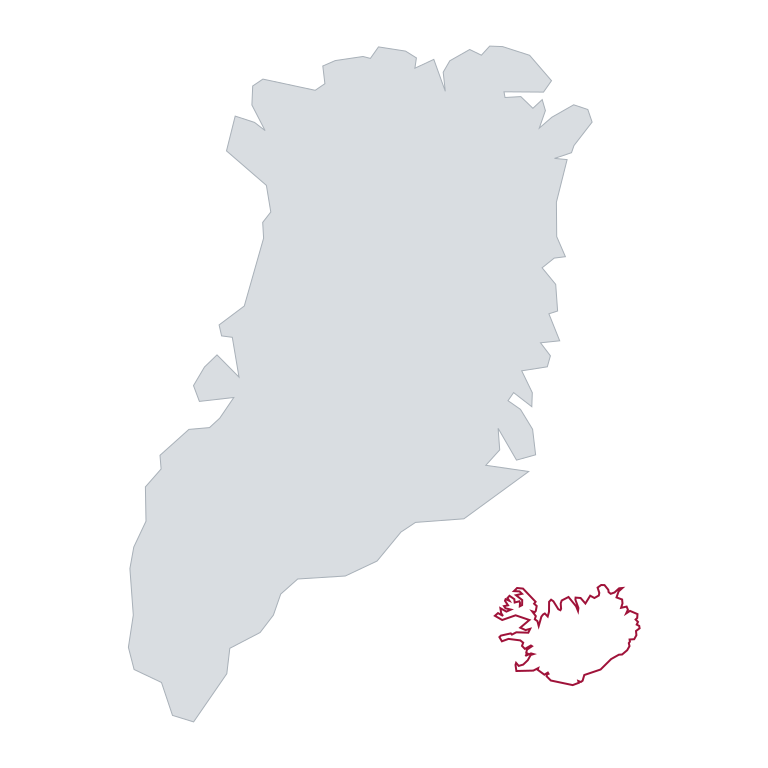 map of Iceland with Greenland greyed out
{"feature_id": "ISL", "entity_name": "Iceland", "entity_type": "country or territory", "adm_level": 0, "iso_a3": "ISL", "parent_name": "Europe", "parent_adm1": "", "projection": "orthographic", "projection_center": [-19.868, 64.966], "detail": "medium", "context": "with_neighbors", "style": "outline", "palette": "rose", "viewbox_px": 768, "rotation_deg": 0, "n_neighbors": 1, "source": "natural_earth", "source_scale": "50m", "svg_char_len": 3257}
<svg xmlns="http://www.w3.org/2000/svg" viewBox="0 0 768 768"><path d="M449.8,60.8L469.7,49.5L481.4,55.2L489.7,46.1L502.6,46.6L529.6,55.3L551.5,80.7L543.5,92.1L504.0,91.8L505.0,97.5L520.8,96.6L532.9,108.3L542.2,99.6L545.4,110.6L539.3,128.1L551.9,117.2L573.7,104.8L587.8,109.5L592.1,122.1L574.0,145.5L571.5,152.7L554.5,158.4L567.1,159.6L556.4,202.2L556.7,236.6L565.4,256.7L554.2,258.1L542.1,267.8L555.7,284.4L557.6,311.0L548.9,313.8L559.7,340.8L540.5,342.8L550.4,355.8L547.3,366.8L521.7,370.8L532.3,392.7L531.8,406.7L513.6,392.6L508.0,400.7L520.5,409.4L532.6,429.3L535.6,454.8L516.5,460.1L498.1,428.3L499.7,449.9L485.8,465.3L528.7,471.5L463.9,518.8L415.5,522.4L401.0,532.0L377.1,561.0L345.3,576.0L297.7,579.0L280.7,594.1L273.4,615.1L260.1,632.5L229.8,648.3L226.8,673.7L193.6,721.9L172.5,715.4L161.5,682.5L134.1,669.5L128.4,647.3L133.3,615.1L129.9,568.6L133.8,547.0L146.0,521.2L145.4,486.9L161.1,469.0L160.0,455.3L188.9,429.4L209.5,427.6L219.8,418.1L233.8,397.5L199.4,401.4L193.5,385.6L204.5,367.0L217.0,354.9L239.0,377.1L232.3,337.3L221.6,335.9L219.1,324.9L244.3,306.0L263.6,238.2L262.7,222.4L270.8,212.0L266.4,185.4L226.5,150.9L235.2,116.1L254.5,122.4L265.1,130.6L251.9,105.0L252.7,86.0L262.9,79.1L315.2,90.3L324.9,83.7L322.8,66.0L335.2,60.6L363.0,56.5L370.4,58.4L378.5,46.9L405.5,51.1L416.4,57.9L414.9,68.2L433.8,59.4L445.3,91.3L443.2,72.2L449.8,60.8Z" fill="#d9dde1" stroke="#a8b0b8" stroke-width="1"/><path d="M610.7,593.8L614.5,592.5L619.1,588.3L622.4,588.0L618.6,591.4L616.5,597.4L622.1,599.5L622.5,603.4L621.1,607.8L626.6,606.6L627.9,609.7L626.2,613.4L630.0,610.9L637.5,614.1L637.2,618.0L635.6,619.5L638.0,621.9L636.7,624.6L639.2,625.9L639.6,628.3L636.0,631.0L636.4,635.2L634.2,639.2L629.6,639.5L629.9,641.7L628.8,643.1L629.5,646.1L627.2,650.2L622.1,654.5L618.9,654.7L611.2,659.0L600.6,669.5L584.3,675.0L582.6,680.7L580.8,682.0L578.3,681.0L578.8,682.8L572.7,685.1L550.8,680.5L546.6,676.3L547.0,674.4L548.5,673.8L547.8,672.6L544.4,674.7L537.7,669.8L538.2,668.1L533.3,670.6L516.4,671.0L515.5,664.9L516.1,662.9L518.7,665.9L523.2,664.6L527.8,660.2L530.7,655.0L533.5,654.1L531.0,653.4L525.4,655.9L527.5,653.5L526.2,652.8L527.0,649.6L532.0,646.2L530.9,645.5L524.9,648.9L522.0,645.9L523.2,642.7L520.3,640.4L508.5,638.9L501.9,641.3L499.4,637.1L500.9,635.6L510.8,633.4L511.9,634.6L516.3,632.3L528.3,632.7L530.2,628.8L525.6,630.1L520.3,627.7L529.4,620.0L515.6,615.3L502.2,620.0L494.9,615.8L498.0,613.1L503.0,615.9L501.2,613.3L500.4,608.2L506.4,611.6L510.9,609.6L505.5,608.3L504.0,606.1L508.0,605.3L505.0,600.8L505.6,599.2L509.4,600.8L507.5,598.0L509.5,595.8L514.3,599.1L514.7,602.5L519.4,601.3L520.0,602.9L519.8,606.3L522.1,605.1L522.2,600.0L516.0,595.2L522.0,593.8L519.5,591.4L514.0,591.1L517.1,588.0L523.0,588.6L535.6,601.8L534.1,603.7L536.7,606.0L535.8,610.9L534.7,612.2L532.1,611.3L535.8,616.1L534.8,619.3L537.4,621.1L538.7,626.0L541.4,616.6L543.2,614.4L544.8,613.5L547.7,616.5L549.0,611.8L549.1,601.8L551.1,599.7L553.4,601.3L558.3,609.2L560.4,610.2L561.1,608.8L560.7,603.4L561.7,600.5L568.5,597.0L576.1,606.3L578.0,611.0L578.4,608.0L575.4,599.7L575.6,597.6L580.6,598.0L585.4,603.5L590.2,595.7L594.4,598.0L598.8,595.5L599.3,592.9L597.6,587.6L601.2,585.0L604.5,585.1L608.3,589.8L608.6,592.1L610.7,593.8Z" fill="none" stroke="#9f1239" stroke-width="2"/></svg>